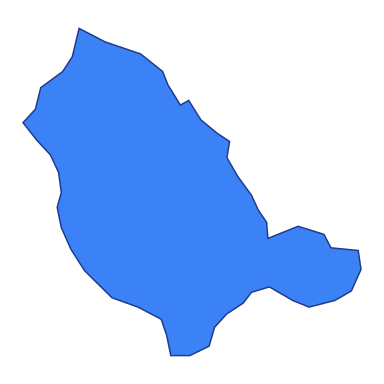 Lakatameia, Nicosia, Cyprus
{"feature_id": "46923920B42994337546292", "entity_name": "Lakatameia", "entity_type": "district", "adm_level": 2, "iso_a3": "CYP", "parent_name": "Cyprus", "parent_adm1": "Nicosia", "projection": "robinson", "projection_center": [33.31, 35.116], "detail": "fine", "context": "isolated", "style": "filled", "palette": "blue", "viewbox_px": 384, "rotation_deg": 0, "n_neighbors": 0, "source": "geoboundaries", "source_scale": "gbopen_adm2", "svg_char_len": 731}
<svg xmlns="http://www.w3.org/2000/svg" viewBox="0 0 384 384"><path d="M79.1,28.4L72.3,56.7L62.7,71.5L40.8,87.6L35.4,109.2L24.8,120.7L23.0,122.6L36.7,140.1L50.4,154.9L58.6,172.4L61.3,192.6L57.2,207.4L61.3,227.6L70.9,249.2L84.6,270.7L111.9,297.7L137.9,307.1L161.2,319.2L166.7,335.4L170.8,355.6L189.9,355.6L209.1,346.1L214.6,327.3L226.9,313.8L243.3,303.0L251.5,292.3L269.3,286.9L292.6,300.4L309.0,307.1L335.0,300.4L351.4,290.9L361.0,269.4L358.2,250.5L330.9,247.8L324.0,234.4L298.0,226.3L267.9,238.4L266.6,222.3L258.3,210.1L251.5,195.3L237.8,176.5L226.9,157.6L229.6,141.5L217.3,133.4L200.9,119.9L188.7,100.4L180.4,105.1L168.0,85.0L162.6,71.5L140.7,54.0L105.1,41.9L79.1,28.4Z" fill="#3b82f6" stroke="#1e3a8a" stroke-width="1.5"/></svg>